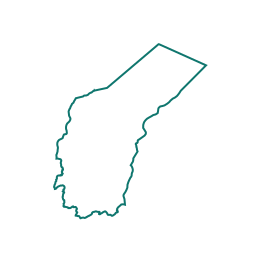 the district of Caille Des, Dauphin, Saint Lucia, rotated 139°
{"feature_id": "8701671B89602605916522", "entity_name": "Caille Des", "entity_type": "district", "adm_level": 2, "iso_a3": "LCA", "parent_name": "Saint Lucia", "parent_adm1": "Dauphin", "projection": "mercator", "projection_center": [-60.881, 13.983], "detail": "fine", "context": "isolated", "style": "outline", "palette": "teal", "viewbox_px": 256, "rotation_deg": 139, "n_neighbors": 0, "source": "geoboundaries", "source_scale": "gbopen_adm2", "svg_char_len": 5747}
<svg xmlns="http://www.w3.org/2000/svg" viewBox="0 0 256 256"><g transform="rotate(139 128 128)"><path d="M28.0,124.1L49.5,170.6L50.0,171.2L117.5,172.0L128.7,178.2L128.7,178.5L129.1,178.3L130.0,178.7L130.9,178.7L132.3,178.7L132.9,179.1L134.1,179.4L135.2,179.5L136.2,179.3L137.9,179.8L138.9,180.5L139.7,181.2L140.5,181.3L141.3,181.3L145.3,183.4L147.9,184.7L149.1,184.2L151.1,183.6L152.5,182.9L154.5,182.9L155.9,182.2L157.0,181.9L159.1,180.7L159.7,180.7L161.6,179.7L162.0,179.4L162.7,178.4L163.1,177.8L164.4,175.9L165.1,173.1L166.1,172.1L166.7,171.9L167.3,171.6L168.1,171.4L170.1,171.3L170.7,171.3L171.4,171.1L172.4,170.7L173.7,169.8L174.5,169.0L175.3,168.0L175.5,167.6L176.0,166.4L176.6,165.5L177.4,164.4L177.6,164.2L177.8,164.1L178.0,164.0L178.7,164.0L179.2,164.4L179.7,164.6L179.9,164.8L180.7,165.1L182.3,164.3L183.3,163.7L183.6,163.4L183.8,163.3L184.4,163.3L186.0,163.7L187.3,164.1L188.1,164.2L188.7,164.1L189.6,163.9L190.5,163.5L191.0,163.2L191.6,162.6L192.1,162.1L192.4,161.7L192.9,160.9L193.4,159.7L193.6,159.4L194.1,158.8L195.5,157.6L196.7,156.4L198.8,155.1L199.7,154.7L200.5,153.7L200.8,153.1L202.1,151.8L201.1,151.1L200.4,150.0L199.5,148.8L199.4,148.5L199.5,147.8L199.6,147.4L199.9,147.0L201.4,146.0L201.8,145.6L202.3,144.5L202.8,143.8L203.3,143.4L203.4,143.2L203.5,142.9L203.5,142.4L203.6,142.1L203.8,141.9L203.8,141.7L203.5,141.3L203.4,141.1L203.6,140.6L204.0,139.7L204.4,139.2L204.9,139.0L205.0,139.0L205.1,139.4L205.3,139.4L205.6,139.1L205.9,138.7L206.4,138.3L206.7,138.3L206.9,138.0L207.2,137.1L207.2,136.4L207.4,136.3L207.6,136.4L207.8,136.6L208.2,136.6L208.3,136.4L208.8,135.8L209.0,135.8L209.1,136.0L209.2,136.3L209.3,136.5L209.5,136.6L209.9,136.7L210.2,136.5L210.3,136.6L210.5,137.0L210.9,137.1L211.1,137.2L211.5,137.7L211.7,137.8L212.5,138.1L212.9,138.1L213.8,137.7L214.0,137.6L214.6,136.7L215.0,136.4L215.4,136.2L215.7,136.1L215.9,136.2L216.1,136.2L216.3,136.0L216.8,135.1L217.0,135.0L217.9,134.9L218.2,134.8L218.4,134.6L219.0,134.1L219.5,133.7L220.7,133.3L221.3,132.8L221.7,132.6L222.5,132.0L222.5,131.8L222.3,131.7L222.8,130.8L222.8,130.5L223.0,130.0L223.1,129.9L222.6,129.6L222.3,129.5L221.9,129.5L220.8,129.7L219.5,129.7L218.8,129.5L217.7,129.2L216.4,128.7L215.9,128.1L215.7,128.0L215.0,127.7L214.7,127.3L214.5,126.6L214.4,126.2L214.4,125.8L214.5,125.4L214.7,125.0L214.9,124.7L215.2,124.4L215.6,124.1L216.0,123.9L216.4,123.8L216.8,123.9L217.1,123.9L217.3,123.8L217.4,123.7L217.5,123.5L217.6,123.2L217.7,122.9L218.8,122.9L218.8,122.7L218.4,122.6L218.2,122.5L218.3,122.4L218.5,122.4L218.6,122.2L218.4,121.7L218.4,121.3L218.6,121.1L218.8,121.1L219.1,121.2L219.7,120.8L220.1,120.8L220.4,120.6L220.7,120.3L221.6,119.6L221.8,119.3L222.0,119.1L222.6,118.9L223.0,118.2L223.2,117.8L223.7,116.8L223.8,116.2L223.7,116.0L223.7,115.8L223.5,115.4L223.7,115.0L224.2,114.6L224.4,114.1L224.7,113.7L224.9,113.6L225.2,113.4L225.9,113.1L226.3,113.1L226.6,112.6L227.2,111.8L227.3,111.7L227.5,111.7L227.9,111.5L228.0,110.9L228.0,110.6L227.8,110.3L227.7,110.2L227.3,110.1L227.2,110.0L226.8,109.3L226.1,108.4L225.8,108.0L225.5,107.5L225.5,107.3L225.6,106.7L225.3,106.5L225.0,106.3L224.8,106.2L224.6,105.8L224.1,105.5L223.7,105.4L222.7,105.2L221.7,105.2L220.9,104.9L220.9,104.7L221.1,104.2L220.9,103.8L219.6,103.0L219.3,102.7L219.4,101.0L219.4,100.8L219.7,100.4L220.9,100.0L221.2,99.8L221.4,99.5L221.8,98.9L221.9,98.4L221.9,98.2L221.7,98.0L221.6,97.8L221.6,97.7L222.8,97.1L223.7,96.8L224.0,96.8L224.5,96.6L225.0,96.2L224.9,96.0L224.7,95.8L224.2,95.4L223.9,94.7L223.0,93.9L222.7,93.4L222.7,93.1L223.1,91.4L223.1,91.1L222.8,90.9L222.7,90.9L222.4,90.8L221.5,90.4L221.1,90.1L220.5,89.7L219.7,88.5L218.7,88.1L218.3,88.0L217.7,88.1L217.4,88.0L217.0,87.7L215.5,87.6L215.1,87.3L214.8,87.2L213.5,87.0L213.2,86.9L212.3,86.8L211.3,87.0L210.9,87.4L210.6,87.6L209.4,87.5L208.8,87.1L208.4,86.8L208.0,86.7L207.1,86.3L206.8,86.0L206.5,85.6L206.2,85.0L205.6,84.3L205.4,84.1L204.7,83.6L204.6,83.3L204.6,83.2L205.0,82.7L206.1,82.3L206.3,82.1L206.2,81.8L205.9,81.4L205.6,81.3L205.2,81.5L204.3,81.1L203.9,81.0L203.3,80.9L201.9,80.8L201.3,80.6L200.3,80.3L200.1,80.2L199.8,79.9L199.7,79.7L199.6,78.4L199.7,77.4L199.7,77.1L200.0,76.4L200.1,76.1L200.1,75.8L200.0,75.5L199.4,75.0L198.1,73.9L198.0,73.5L197.9,72.6L197.8,72.4L197.3,72.0L196.8,71.9L196.4,71.8L194.6,71.6L193.7,71.7L193.2,71.9L193.0,72.0L192.5,71.9L191.2,71.3L190.9,71.3L190.7,71.4L190.3,72.0L190.3,72.3L190.6,72.5L190.6,72.8L190.3,73.3L190.0,73.5L189.4,73.7L189.1,74.2L188.3,74.4L187.8,74.6L187.4,74.6L184.7,74.6L184.2,74.6L183.3,74.7L182.3,74.1L181.8,73.6L181.6,73.4L181.0,73.0L180.9,72.8L180.8,72.4L180.6,72.1L177.3,76.7L176.1,79.5L175.6,80.1L175.2,80.4L174.9,80.6L173.6,81.0L172.7,81.2L171.2,81.7L170.8,81.9L169.8,82.3L168.2,83.1L167.8,83.3L167.5,83.5L166.6,84.5L165.9,85.2L165.5,85.6L165.2,85.8L164.4,86.2L163.5,86.8L161.7,87.7L158.6,89.0L157.7,89.1L157.2,89.3L156.5,89.7L155.3,90.9L154.3,91.6L153.5,91.9L153.0,92.2L152.7,92.4L152.1,93.0L151.7,93.4L151.3,94.1L150.8,95.2L150.4,96.4L150.3,96.8L150.3,97.2L150.4,97.9L150.4,98.1L148.5,98.7L148.1,98.9L146.9,99.2L146.1,99.6L145.4,100.1L144.8,100.6L144.0,101.5L143.6,101.7L136.2,104.0L135.6,105.5L134.6,107.0L134.3,107.6L134.1,108.3L133.8,108.4L133.2,109.5L132.9,110.1L132.8,110.6L132.6,110.9L132.4,111.0L132.1,111.1L131.5,111.0L131.2,110.8L130.9,110.7L130.7,110.7L130.3,110.8L129.7,111.2L129.2,111.9L128.3,112.3L127.4,112.1L125.6,111.9L122.6,111.6L120.4,111.4L118.4,111.9L117.3,113.1L116.8,116.0L116.5,118.1L114.5,120.3L112.8,121.4L111.5,122.0L109.5,122.4L107.5,122.5L105.2,122.1L102.5,121.5L100.4,121.2L98.2,120.1L95.8,119.8L94.4,120.9L92.4,122.7L91.5,123.1L89.5,123.1L87.6,122.0L85.6,121.1L82.4,120.6L79.9,120.5L78.0,120.8L75.0,120.8L72.7,120.2L70.1,120.0L68.2,120.3L66.4,120.7L63.7,121.5L28.0,124.1Z" fill="none" stroke="#0f766e" stroke-width="2"/></g></svg>